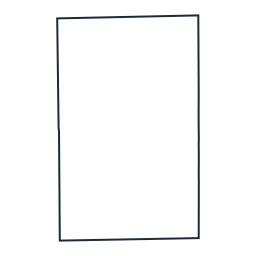 Adams, Indiana, United States of America (Robinson projection)
{"feature_id": "52423323B32450220216065", "entity_name": "Adams", "entity_type": "district", "adm_level": 2, "iso_a3": "USA", "parent_name": "United States of America", "parent_adm1": "Indiana", "projection": "robinson", "projection_center": [-84.869, 40.745], "detail": "fine", "context": "isolated", "style": "outline", "palette": "slate", "viewbox_px": 256, "rotation_deg": 0, "n_neighbors": 0, "source": "geoboundaries", "source_scale": "gbopen_adm2", "svg_char_len": 346}
<svg xmlns="http://www.w3.org/2000/svg" viewBox="0 0 256 256"><path d="M59.8,240.6L198.7,238.1L198.8,191.9L198.8,182.1L198.7,172.9L198.8,163.7L198.8,162.3L198.8,155.3L198.7,145.0L198.8,139.0L198.7,130.0L198.6,115.2L198.7,92.9L198.3,15.5L198.3,15.4L57.2,18.4L58.6,128.3L59.0,131.0L59.8,240.6Z" fill="none" stroke="#1e293b" stroke-width="2"/></svg>